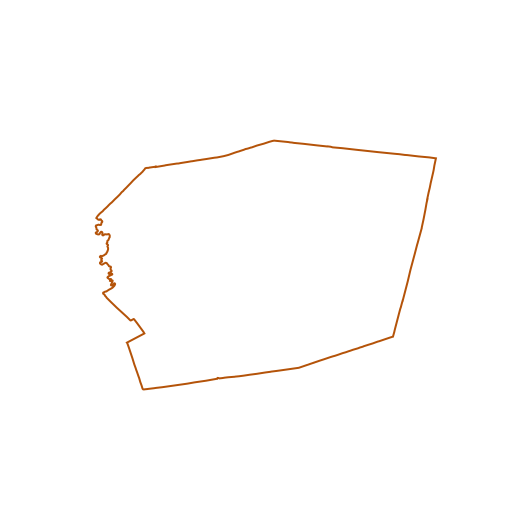 Sfintesti, Teleorman, Romania, rotated 28°
{"feature_id": "2599482B66322400213375", "entity_name": "Sfintesti", "entity_type": "district", "adm_level": 2, "iso_a3": "ROU", "parent_name": "Romania", "parent_adm1": "Teleorman", "projection": "mercator", "projection_center": [25.082, 44.181], "detail": "fine", "context": "isolated", "style": "outline", "palette": "amber", "viewbox_px": 512, "rotation_deg": 28, "n_neighbors": 0, "source": "geoboundaries", "source_scale": "gbopen_adm2", "svg_char_len": 6047}
<svg xmlns="http://www.w3.org/2000/svg" viewBox="0 0 512 512"><g transform="rotate(28 256 256)"><path d="M414.8,262.9L414.5,261.5L414.3,260.6L414.0,259.3L413.9,258.7L413.1,255.7L409.6,241.0L409.4,240.2L408.2,235.0L407.9,233.1L407.0,229.3L406.4,226.5L406.5,226.5L401.9,207.2L398.9,195.8L395.1,179.3L392.9,170.1L392.7,169.0L389.2,153.4L389.0,153.1L386.6,144.6L384.2,136.8L384.0,136.1L381.7,129.1L380.7,125.4L380.5,125.5L378.6,118.9L377.4,114.2L376.0,109.6L373.1,98.8L372.4,96.4L371.0,92.3L369.0,85.3L362.7,87.6L352.7,91.8L342.4,95.8L339.7,97.0L334.8,98.8L330.8,100.5L321.3,104.4L315.2,106.9L299.7,113.1L296.5,114.4L281.8,120.2L272.6,124.1L270.6,124.5L267.7,125.6L267.6,125.8L257.9,129.7L245.4,134.6L236.2,138.4L234.6,138.9L232.2,139.9L231.9,139.9L230.1,140.6L220.6,144.5L218.9,145.2L218.1,145.5L217.5,145.9L216.4,146.8L214.0,149.1L210.2,153.1L204.9,158.1L202.1,161.2L201.2,162.2L200.6,162.6L199.3,164.0L198.1,165.2L197.8,165.4L197.5,165.7L196.5,166.5L195.9,167.3L195.3,168.0L192.3,171.1L192.0,171.5L190.5,172.9L188.2,175.3L187.6,176.0L186.3,177.4L184.2,179.7L182.9,180.9L180.6,183.0L175.3,187.3L173.2,188.7L166.2,194.0L163.2,196.2L161.8,197.3L159.4,199.0L155.4,202.1L154.1,203.0L151.8,204.8L146.1,209.1L144.0,210.8L143.1,211.3L142.9,211.4L136.4,216.2L133.6,218.3L133.0,218.9L125.7,224.5L125.5,224.0L125.3,224.1L125.2,224.4L125.0,224.6L120.9,227.6L120.3,228.0L119.9,228.5L119.4,228.8L117.9,229.7L117.1,230.5L117.0,230.8L116.9,232.0L116.6,233.1L116.2,235.1L115.7,236.5L115.3,237.9L114.5,239.6L114.2,240.7L113.3,243.3L112.1,246.9L111.0,251.1L110.6,252.4L110.4,253.1L109.4,256.6L109.0,257.9L108.7,258.8L108.4,259.8L108.2,261.0L108.0,261.5L107.6,262.3L107.4,263.0L106.9,265.5L105.8,269.1L105.4,270.2L104.6,272.6L104.3,273.7L103.5,276.4L102.7,278.3L101.9,280.9L101.8,281.5L100.9,284.2L100.0,286.6L99.7,288.1L99.5,288.7L98.5,291.0L98.3,291.7L98.0,292.3L97.9,293.2L97.7,293.6L97.5,294.6L97.3,295.7L97.2,297.4L97.9,297.5L99.0,297.9L99.8,297.9L100.3,297.8L100.6,297.7L100.8,297.4L101.0,296.9L101.3,296.7L101.6,296.6L101.9,296.6L102.4,296.9L102.6,297.1L102.8,297.3L103.5,297.3L103.8,297.4L104.0,297.6L104.2,298.0L104.2,298.4L104.0,299.2L104.1,299.7L104.5,300.9L104.5,301.3L104.3,301.5L103.1,302.1L102.4,302.2L102.1,302.4L101.9,302.6L101.3,303.4L100.7,303.8L100.5,304.0L100.5,304.5L100.5,304.9L100.7,305.2L101.7,306.0L102.2,306.5L102.7,307.3L103.0,307.4L104.1,307.6L104.3,307.7L104.5,307.9L104.6,308.2L104.6,308.5L104.6,308.9L104.3,309.5L103.7,310.3L103.6,310.6L103.7,310.9L103.9,311.1L104.4,311.4L104.7,311.4L105.3,311.3L106.5,311.1L107.4,310.4L107.5,310.3L107.6,310.0L107.6,309.8L107.5,309.5L107.5,308.9L107.8,307.5L107.9,307.3L108.1,307.2L108.6,307.1L109.0,307.3L109.4,307.5L109.6,307.8L109.8,308.1L110.1,309.2L110.3,309.4L110.7,309.7L111.0,309.7L111.4,309.5L111.7,309.1L112.0,308.1L112.2,307.9L112.7,307.6L113.5,307.3L114.7,306.6L115.0,306.4L115.2,306.1L115.4,305.9L115.7,305.8L116.0,305.8L116.4,306.0L116.9,306.3L117.4,306.8L118.0,308.2L118.0,308.4L117.9,308.9L117.9,309.1L118.2,310.9L118.1,311.5L117.8,312.0L117.7,312.2L117.8,312.7L118.1,313.5L118.4,313.9L118.4,314.2L118.4,314.6L118.2,314.8L118.2,315.0L118.4,315.3L118.6,315.4L119.6,315.5L119.9,315.6L120.1,315.7L120.3,316.0L120.3,316.4L120.3,317.2L120.4,317.4L121.5,318.2L122.1,319.2L122.4,320.0L122.5,321.2L122.7,321.7L122.7,322.4L122.5,322.9L122.5,323.3L122.7,323.7L122.7,324.0L122.7,324.4L121.9,325.7L121.4,326.8L120.5,328.0L120.1,328.4L119.8,328.7L119.0,328.7L118.7,329.1L118.5,329.6L118.5,329.9L118.7,330.2L118.9,330.3L119.9,330.4L121.0,330.4L121.2,330.5L121.3,330.7L121.1,332.0L121.3,332.4L121.6,332.5L122.5,332.8L122.6,333.0L122.6,333.4L122.4,333.7L122.1,334.1L121.6,334.5L121.4,334.8L121.4,335.0L121.5,335.3L121.8,335.8L122.2,335.9L123.3,336.1L123.9,336.0L124.2,335.9L125.3,334.1L126.2,332.8L126.5,332.5L127.2,332.4L127.7,332.4L128.6,332.9L130.1,333.4L131.0,334.0L131.3,334.0L131.7,334.0L132.6,333.6L132.9,333.7L133.3,334.1L133.5,335.4L133.6,335.8L133.8,336.0L134.3,336.4L135.1,336.6L135.4,336.8L135.6,337.1L135.5,337.7L135.4,338.0L134.9,338.7L134.6,339.3L134.0,339.8L133.9,339.9L133.9,340.2L134.1,340.7L134.4,340.8L134.8,340.8L135.5,340.6L136.2,340.4L136.4,340.2L136.8,339.6L136.9,339.4L137.3,339.3L137.5,339.4L137.7,339.7L137.6,340.0L137.5,340.3L137.1,340.6L136.4,341.7L135.9,342.2L135.0,343.9L134.9,344.5L135.0,344.8L135.4,345.0L137.6,345.3L138.2,344.9L138.4,344.6L138.9,344.5L139.1,344.6L139.2,344.8L138.6,345.7L138.5,346.0L138.7,346.5L139.0,346.5L139.4,346.3L140.4,345.2L140.7,345.0L140.9,345.0L141.1,345.2L141.2,346.5L141.3,346.9L141.3,347.4L141.5,349.7L141.6,349.8L141.8,349.9L142.2,349.9L142.9,349.4L143.3,348.7L143.4,348.2L143.6,346.7L144.0,346.5L144.7,346.8L144.8,347.0L144.9,347.4L144.9,348.9L144.2,351.3L143.6,352.4L142.9,353.5L142.3,354.3L142.0,354.8L140.9,356.8L140.7,357.2L140.6,357.5L140.0,357.9L139.5,358.3L139.0,359.2L138.4,359.8L138.3,360.2L138.4,360.5L138.5,360.7L138.8,361.0L139.3,361.1L140.5,361.3L141.4,362.0L142.7,362.4L143.8,363.0L149.7,364.8L157.3,367.0L170.6,370.4L173.5,371.3L175.2,371.8L175.5,371.8L176.0,371.4L177.4,369.3L177.6,369.1L178.1,369.1L183.1,371.4L192.4,375.9L193.8,376.8L182.7,393.1L183.3,393.4L186.8,396.6L194.9,404.3L199.4,408.8L202.6,411.7L203.5,412.6L205.3,414.2L208.3,417.0L210.2,418.7L213.0,421.6L215.7,424.0L217.9,426.2L218.3,426.5L218.6,426.6L219.1,426.7L219.9,426.3L220.7,425.7L222.5,424.5L223.3,423.9L228.2,420.5L229.5,419.5L234.9,415.8L255.5,400.8L261.1,396.4L270.4,389.6L278.7,383.1L279.4,382.6L279.3,382.0L279.3,381.7L279.5,381.6L280.3,381.3L281.0,381.3L281.5,381.0L283.7,379.5L285.5,378.1L288.4,376.1L293.9,372.6L294.5,372.1L297.4,370.2L301.2,367.5L306.3,363.7L312.1,359.6L319.0,354.4L323.2,351.4L323.6,351.0L328.3,347.7L330.8,345.9L346.3,334.6L361.3,318.6L364.3,315.5L369.2,310.3L370.8,308.7L372.7,306.9L374.9,304.6L378.0,301.2L380.4,298.9L382.6,296.5L383.7,295.4L385.6,293.3L389.3,289.7L390.0,288.9L390.3,288.5L391.0,287.7L391.8,287.0L393.0,285.8L393.3,285.3L396.6,281.9L400.1,278.4L402.6,275.6L403.8,274.3L404.7,273.5L409.2,268.7L412.6,265.1L414.1,263.6L414.5,263.1L414.8,262.9Z" fill="none" stroke="#b45309" stroke-width="2"/></g></svg>